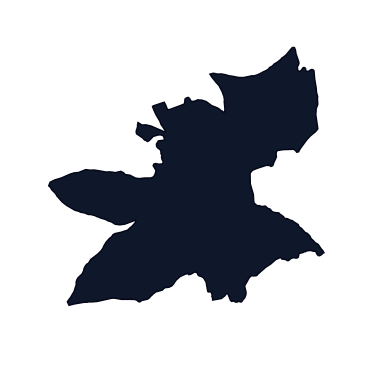 outline of Escuintla, Escuintla, Guatemala, rotated 257°
{"feature_id": "79465075B12428075404525", "entity_name": "Escuintla", "entity_type": "district", "adm_level": 2, "iso_a3": "GTM", "parent_name": "Guatemala", "parent_adm1": "Escuintla", "projection": "orthographic", "projection_center": [-90.807, 14.309], "detail": "fine", "context": "isolated", "style": "filled", "palette": "ink", "viewbox_px": 384, "rotation_deg": 257, "n_neighbors": 0, "source": "geoboundaries", "source_scale": "gbopen_adm2", "svg_char_len": 6064}
<svg xmlns="http://www.w3.org/2000/svg" viewBox="0 0 384 384"><g transform="rotate(257 192 192)"><path d="M113.1,45.9L109.3,46.7L109.4,52.4L108.8,62.7L108.2,64.6L108.2,66.7L107.4,70.2L106.7,75.0L106.6,89.6L106.1,92.5L103.3,99.1L100.4,111.5L99.2,113.8L97.4,115.0L96.8,116.0L96.8,117.2L97.2,117.6L97.6,118.2L97.6,124.5L98.5,126.8L99.8,128.2L100.0,129.0L101.5,131.3L102.2,133.0L102.8,134.1L103.1,141.1L104.3,142.7L104.8,144.2L104.4,148.8L104.9,149.6L104.9,150.9L106.6,153.4L108.2,155.0L109.7,156.7L112.3,161.4L113.4,166.7L113.6,169.4L112.2,170.3L112.2,172.5L112.6,173.7L113.5,176.9L111.9,179.0L109.8,179.2L108.5,180.3L107.8,181.8L106.6,183.2L105.4,184.1L101.1,185.5L91.6,185.0L91.0,185.4L90.6,187.5L89.7,188.3L87.1,188.5L85.9,187.9L84.0,188.2L82.1,187.8L81.6,196.6L83.3,200.3L85.2,202.8L85.3,203.4L84.8,204.0L83.5,204.3L77.9,205.1L77.0,205.6L76.5,206.1L76.4,208.1L74.8,209.9L74.6,211.6L75.1,211.9L75.1,212.9L74.0,214.4L73.8,215.1L74.1,216.0L75.8,217.7L76.9,219.4L78.2,220.3L79.8,221.4L82.1,222.1L88.4,222.1L89.2,222.6L92.6,225.8L95.4,228.2L97.1,231.0L96.5,232.7L96.0,235.6L96.3,236.7L97.1,237.6L102.2,247.1L104.1,252.4L107.3,258.4L108.3,263.2L107.8,264.0L106.5,264.5L106.2,265.2L105.8,266.3L105.5,267.4L105.2,268.0L104.3,268.9L103.8,269.4L103.5,269.9L103.5,270.6L103.7,271.3L104.3,272.0L104.7,273.0L105.0,274.0L105.2,275.2L105.1,276.2L105.0,276.7L104.2,278.5L104.1,279.6L104.2,280.1L104.4,280.5L104.8,280.9L105.4,281.3L106.1,281.6L107.1,281.9L107.5,282.1L107.9,282.8L108.0,283.4L108.1,284.1L108.0,285.7L108.1,286.6L108.3,287.2L108.5,288.1L108.4,289.6L108.7,290.3L108.9,291.2L108.8,292.0L108.6,292.5L108.5,293.4L108.4,294.2L108.2,294.9L106.9,297.0L106.6,298.7L106.2,299.1L103.1,299.9L102.1,300.4L101.6,300.9L101.3,301.6L101.3,302.1L101.4,302.6L101.5,303.1L102.1,304.5L102.9,305.6L103.1,306.1L103.2,306.9L103.9,306.6L105.3,306.3L106.0,305.9L107.7,305.0L111.3,303.6L112.3,303.2L113.0,302.7L114.2,301.3L114.9,300.7L115.9,300.0L117.3,299.3L118.5,298.4L120.1,297.5L120.7,297.3L122.2,297.1L123.7,296.3L125.3,295.3L125.7,295.0L126.2,294.5L126.5,293.8L127.0,293.2L128.0,292.6L131.7,290.6L132.1,290.4L132.4,290.1L133.2,289.1L133.6,288.8L134.3,288.5L135.0,288.3L136.0,288.2L136.6,287.9L137.0,287.5L137.6,287.0L139.4,285.1L141.2,283.5L141.6,283.2L141.9,282.6L142.2,281.9L142.4,281.5L142.7,281.1L143.7,280.0L144.3,279.2L144.6,278.8L145.0,277.4L145.2,276.9L145.5,276.4L146.0,276.0L146.8,275.8L147.4,275.6L148.2,274.8L149.3,274.0L150.1,273.2L150.6,272.7L151.8,272.1L152.2,271.6L152.4,271.1L153.0,269.1L153.4,268.0L154.0,266.9L154.5,266.2L155.0,265.6L155.6,265.2L156.0,265.0L157.4,264.5L157.9,264.0L158.2,263.6L158.9,262.4L159.4,261.9L160.1,261.4L161.1,260.8L161.6,260.4L161.9,259.9L162.0,257.4L162.2,256.8L162.7,255.8L163.5,254.6L164.1,252.5L164.6,251.8L165.2,251.4L165.8,251.2L166.4,250.6L166.8,250.1L168.8,250.0L175.8,251.2L186.7,250.6L196.9,252.7L198.7,254.4L199.7,256.5L200.4,260.6L201.3,270.8L200.5,272.9L200.5,273.6L199.2,274.7L199.5,276.6L202.1,278.2L207.1,282.1L210.7,282.6L212.3,283.4L213.2,284.6L212.8,290.2L210.8,300.7L209.0,302.2L207.2,303.0L207.2,304.9L209.5,306.8L217.1,315.6L220.2,320.2L223.1,326.1L225.3,328.8L239.4,330.0L245.4,331.8L248.8,334.1L250.4,334.5L255.3,335.3L256.6,335.9L261.2,335.7L265.4,336.4L274.1,336.9L282.8,338.1L283.3,337.8L284.0,337.2L284.3,336.6L284.4,335.9L284.4,335.3L284.0,334.2L283.4,333.2L283.5,331.8L284.0,330.9L284.2,330.3L284.7,330.2L286.6,330.4L287.3,330.2L288.0,329.4L288.1,328.7L288.0,328.1L287.7,327.6L287.0,327.0L286.2,326.1L285.7,325.2L285.5,324.3L285.5,323.5L286.0,322.6L286.6,322.5L287.5,322.5L289.7,322.7L290.4,322.9L291.6,324.1L293.2,325.1L294.7,325.3L303.6,324.4L307.2,324.7L309.6,324.3L310.2,322.8L309.9,321.8L304.4,314.5L302.7,311.1L302.6,310.2L301.2,308.3L299.2,304.2L298.3,301.1L296.6,298.5L295.8,295.6L294.7,294.3L293.7,291.9L292.8,287.5L292.3,286.9L292.4,285.7L291.9,285.2L291.9,283.7L291.5,282.9L291.2,278.2L291.7,277.1L291.9,268.0L292.7,264.8L292.7,264.3L294.5,260.0L296.1,256.5L296.6,254.8L299.0,250.5L300.5,246.9L301.0,243.8L302.7,240.0L302.9,239.4L302.8,236.0L299.7,237.1L293.0,240.3L291.8,241.1L289.5,242.3L283.3,243.9L278.0,244.6L273.9,244.3L273.2,243.8L265.1,242.7L262.6,241.8L262.6,240.9L262.9,240.4L263.9,239.9L263.9,239.4L264.6,238.7L266.8,237.2L268.6,235.2L271.7,230.6L277.0,226.1L279.4,222.0L279.8,220.3L280.5,218.5L279.9,214.9L280.2,212.1L281.1,211.4L283.8,210.6L285.1,209.4L284.6,206.6L283.6,205.9L279.6,204.6L278.8,200.1L277.4,188.8L277.7,186.8L278.5,186.5L282.7,185.9L285.7,185.1L284.6,173.6L284.2,172.8L281.0,173.2L275.5,174.3L268.4,176.6L265.0,177.0L257.7,179.8L257.1,179.6L256.9,179.0L257.1,178.3L265.5,166.9L267.8,162.2L268.5,158.3L270.2,156.7L271.8,155.0L269.6,154.0L267.7,153.6L263.6,151.2L261.2,151.1L255.9,156.0L253.3,157.5L252.6,158.7L251.2,160.0L251.8,162.0L254.9,166.7L255.2,171.4L254.9,174.0L253.5,176.3L252.5,176.8L250.1,177.1L249.2,176.8L248.8,175.9L249.4,170.8L246.7,168.1L244.3,167.8L242.9,168.4L241.2,169.8L239.6,171.0L236.0,170.4L234.5,171.1L233.1,170.2L230.7,170.1L228.1,170.7L227.0,170.4L226.0,169.4L226.5,166.0L227.9,163.0L227.7,161.0L226.3,160.1L221.3,161.7L219.5,161.1L217.5,159.9L215.9,158.4L215.3,157.4L214.9,155.0L216.3,148.8L216.9,143.5L218.3,140.0L222.3,135.3L224.1,130.7L226.1,129.7L228.1,127.3L228.1,121.9L228.4,120.5L228.9,119.9L230.1,116.4L230.8,112.6L232.9,107.8L235.3,102.0L236.2,97.5L237.7,93.5L236.5,85.8L237.1,81.4L236.8,77.3L235.0,67.7L234.6,60.9L233.4,55.9L230.2,53.8L228.4,55.1L225.7,55.9L222.9,57.7L219.7,59.3L218.7,59.4L211.4,63.4L207.1,66.9L200.6,73.8L198.7,77.3L197.4,78.9L195.4,83.4L194.2,84.7L193.1,86.8L193.1,87.8L190.9,92.1L189.3,94.0L188.3,96.0L187.5,96.6L184.7,101.6L182.8,103.7L181.0,106.8L177.9,109.9L176.3,114.2L175.8,119.1L177.2,130.2L176.4,130.9L174.7,129.5L171.7,125.3L171.5,124.4L169.3,120.7L168.7,113.4L168.8,107.5L168.2,105.5L166.5,103.7L165.2,100.9L162.3,96.9L158.6,93.4L157.6,92.9L155.1,90.2L152.6,86.1L149.1,78.3L145.9,75.2L145.3,73.2L143.9,71.4L142.4,70.2L141.9,69.7L139.6,68.7L136.9,66.5L134.1,61.8L132.5,60.2L130.4,58.9L127.8,58.4L121.6,54.7L116.3,49.7L115.5,48.6L113.1,45.9Z" fill="#0f172a" stroke="#020617" stroke-width="1.5"/></g></svg>